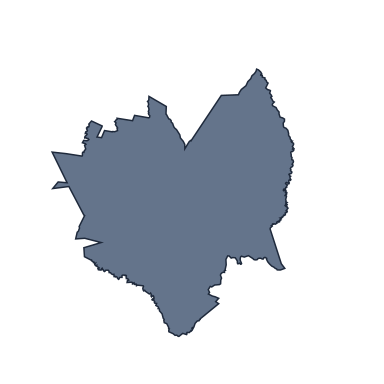 outline of Mount Darwin, Mashonaland Central, Zimbabwe, rotated 55°
{"feature_id": "62879985B29850987700829", "entity_name": "Mount Darwin", "entity_type": "district", "adm_level": 2, "iso_a3": "ZWE", "parent_name": "Zimbabwe", "parent_adm1": "Mashonaland Central", "projection": "robinson", "projection_center": [31.728, -16.538], "detail": "fine", "context": "isolated", "style": "filled", "palette": "slate", "viewbox_px": 384, "rotation_deg": 55, "n_neighbors": 0, "source": "geoboundaries", "source_scale": "gbopen_adm2", "svg_char_len": 6001}
<svg xmlns="http://www.w3.org/2000/svg" viewBox="0 0 384 384"><g transform="rotate(55 192 192)"><path d="M116.9,289.7L148.9,293.8L149.6,293.3L149.4,292.9L155.6,304.3L157.0,304.8L159.0,307.7L159.1,309.1L163.7,314.2L168.4,306.4L181.3,295.4L175.6,312.5L183.3,317.2L189.6,313.9L190.0,313.3L190.7,313.7L192.5,313.0L193.2,313.2L193.4,312.5L194.9,312.9L195.0,312.2L195.5,313.2L196.8,313.3L197.3,313.1L197.4,312.0L198.3,312.6L200.9,311.6L201.1,312.1L200.8,313.0L202.0,313.3L203.8,311.3L203.7,310.6L203.0,310.1L202.9,309.3L204.8,309.6L205.2,309.3L206.0,309.6L206.9,309.4L207.0,308.7L206.6,307.5L208.0,305.5L209.3,305.4L210.5,306.1L211.4,305.0L212.8,305.0L214.1,304.3L214.6,303.2L216.5,304.3L216.8,303.5L217.6,303.6L217.9,302.6L219.0,302.2L219.8,302.5L221.4,302.3L221.4,301.6L220.7,300.8L220.6,300.1L221.8,298.3L220.3,297.3L220.2,296.8L221.2,295.1L222.0,294.8L222.0,294.3L221.7,294.5L222.3,293.9L223.0,293.8L223.8,294.7L225.3,295.5L226.0,294.4L227.7,294.3L228.0,294.5L227.4,295.1L227.5,295.7L228.9,297.1L231.4,293.0L232.0,292.8L233.2,293.5L233.4,292.9L233.0,292.1L233.1,291.5L234.7,292.1L235.1,291.7L235.2,290.7L235.6,290.5L236.9,291.2L237.0,290.1L240.8,285.8L241.4,285.8L242.6,287.5L244.1,288.2L245.3,288.3L245.4,287.1L246.3,287.2L251.0,285.5L251.3,284.7L251.1,283.9L252.8,284.2L253.6,285.2L254.7,285.3L254.5,283.4L255.3,283.2L257.1,283.9L257.0,286.0L257.3,286.6L257.9,286.4L258.2,285.0L259.2,285.6L260.2,285.3L261.1,286.3L261.8,286.2L263.0,284.9L264.2,286.7L266.5,285.6L267.9,285.9L268.1,286.5L268.6,285.9L269.2,285.9L270.7,286.8L274.6,286.4L278.9,288.0L280.4,287.9L281.0,288.7L283.1,289.7L285.4,288.2L289.5,288.8L290.5,289.5L291.1,289.1L291.9,290.3L293.2,291.1L297.3,288.7L299.7,288.1L300.5,286.6L302.3,286.1L302.8,285.5L302.5,280.7L305.7,278.2L305.3,277.5L304.7,277.5L304.2,276.6L305.6,274.8L305.3,273.6L305.6,272.7L304.9,272.3L305.4,271.4L304.5,269.6L303.8,270.3L303.4,269.9L303.3,269.3L303.8,268.9L303.8,268.1L301.4,264.8L300.7,261.7L301.5,260.0L301.0,259.3L301.1,258.4L300.6,258.1L298.8,234.2L295.4,235.5L294.4,231.1L291.0,233.2L288.9,235.0L285.0,237.1L284.3,235.2L281.3,234.7L279.8,231.2L281.1,230.3L281.2,226.8L283.6,222.6L283.6,221.2L280.6,218.9L279.5,217.2L276.4,216.4L275.7,215.5L275.4,213.6L275.6,212.6L276.5,211.5L275.1,210.7L275.4,209.6L274.8,209.6L271.3,205.8L266.7,202.9L264.8,199.4L265.7,198.3L268.6,197.8L269.1,196.2L270.7,194.3L274.4,194.4L276.3,195.6L277.2,195.6L277.6,193.9L279.1,193.6L279.3,193.0L279.0,192.4L275.8,191.7L274.4,190.9L273.1,189.5L272.9,188.4L275.3,186.5L276.5,182.3L281.7,180.2L282.6,180.2L283.8,179.3L284.8,177.6L284.4,175.9L285.0,174.6L285.7,173.7L287.2,172.9L287.8,172.0L287.1,170.8L287.4,169.7L289.2,168.9L290.0,169.6L292.7,170.0L295.2,169.8L298.4,169.2L300.4,168.1L302.4,167.6L303.5,166.8L304.7,166.9L306.6,164.3L307.8,159.8L302.0,160.0L267.0,149.2L266.3,148.3L266.0,146.0L265.2,146.3L265.3,145.6L264.4,144.4L265.0,144.0L264.9,143.4L265.3,143.3L265.3,142.8L266.1,142.3L266.3,140.4L265.6,140.1L265.8,139.8L265.3,139.5L265.5,137.9L265.6,137.6L266.5,138.1L266.6,137.3L265.7,136.3L265.8,135.5L265.2,135.6L265.2,134.3L263.9,134.7L264.4,133.5L264.1,132.5L264.6,132.2L263.6,130.3L263.6,130.0L264.1,130.0L264.2,128.6L262.6,127.6L263.1,126.1L262.6,125.9L262.5,125.1L262.1,125.0L261.7,125.7L261.3,125.7L260.3,122.6L259.6,122.9L258.1,122.4L258.1,123.2L256.5,123.6L256.0,122.5L256.9,121.9L256.8,121.2L254.9,121.6L254.6,121.2L255.0,120.2L253.6,120.6L252.8,119.8L251.9,119.6L249.7,117.0L249.1,117.0L248.3,117.8L247.5,116.1L248.0,115.8L247.0,114.8L246.6,115.5L245.6,115.6L245.3,114.3L244.5,114.4L244.0,114.6L243.5,116.2L242.8,116.1L242.3,114.8L243.2,113.6L242.1,112.7L242.4,111.6L241.7,111.4L240.9,109.7L239.3,110.5L238.5,110.4L238.3,109.3L238.6,108.9L240.8,107.9L240.4,107.1L239.3,106.9L238.0,106.0L238.0,105.2L238.9,104.7L238.6,103.9L237.1,103.8L235.6,103.0L235.6,102.2L234.8,102.6L233.2,102.5L233.0,101.9L233.7,100.6L233.5,99.3L232.9,98.7L231.0,99.0L230.3,98.1L229.3,98.1L228.6,96.8L228.8,95.1L227.9,93.8L226.7,94.1L225.8,92.0L225.1,91.3L223.6,91.0L223.0,91.7L222.6,91.7L221.1,90.3L219.9,90.4L218.1,89.2L216.3,88.5L215.9,87.5L216.5,86.5L216.3,84.9L215.2,83.8L214.9,84.9L214.5,85.1L213.7,83.7L212.4,83.7L211.4,81.6L210.3,80.9L208.4,81.8L207.9,80.7L207.3,81.6L206.5,80.9L204.9,81.1L203.3,80.2L202.4,80.5L200.6,80.2L199.7,79.4L196.4,78.1L193.7,78.4L191.9,79.6L190.8,79.5L187.9,77.8L187.1,75.7L185.3,74.4L183.4,75.2L181.2,76.9L177.9,75.9L176.4,74.8L173.7,75.1L171.0,74.7L167.8,76.4L166.7,76.3L165.9,75.3L165.5,73.0L164.0,73.6L161.1,73.2L159.9,73.4L159.5,73.0L159.6,71.8L158.3,71.5L155.6,71.7L154.1,69.7L153.4,69.8L151.4,71.4L149.0,71.9L146.4,67.2L145.0,67.7L143.0,67.2L141.7,67.7L140.4,66.8L138.2,68.5L136.9,67.6L135.7,68.7L135.3,68.3L135.5,67.4L135.2,67.1L133.1,66.9L130.1,67.5L128.4,68.6L129.9,70.4L130.8,72.9L131.2,76.3L132.9,78.9L133.6,82.9L135.9,86.8L136.3,92.8L137.6,96.0L139.0,98.2L129.7,112.6L149.5,163.4L149.0,163.5L149.1,165.3L152.5,173.1L148.8,170.6L145.4,170.1L141.1,170.5L138.2,169.2L132.0,168.9L129.8,169.5L128.1,169.5L124.6,168.5L122.8,168.9L121.4,168.1L119.5,168.4L118.8,169.1L113.4,168.4L113.2,168.6L107.2,164.0L89.0,172.4L91.7,174.5L92.1,175.1L92.3,176.5L93.4,176.4L95.4,177.3L96.7,179.1L97.4,178.9L99.6,179.8L101.1,181.7L102.4,181.9L102.6,182.6L103.7,183.0L105.3,182.8L106.4,183.8L106.5,184.8L96.3,195.1L99.5,199.8L88.6,211.1L89.5,211.6L89.4,212.9L89.9,214.0L90.0,215.0L91.8,214.6L92.9,216.1L96.8,216.2L96.8,216.8L99.0,217.8L98.3,220.7L96.9,222.4L97.0,222.8L91.5,228.4L95.6,234.9L92.5,238.3L86.6,227.7L86.9,227.6L86.4,227.7L76.2,233.6L77.2,237.6L78.0,237.6L79.4,239.1L79.3,239.5L78.9,239.5L78.8,240.9L79.3,240.7L79.7,242.1L81.7,242.4L82.0,242.8L81.8,244.6L82.9,245.9L83.6,244.7L84.5,244.7L85.0,246.0L85.0,247.5L85.6,248.5L86.4,248.8L86.6,247.8L87.9,247.4L88.5,246.5L89.9,246.4L90.0,247.9L89.6,248.9L87.6,251.1L88.8,253.5L91.3,251.6L92.1,251.5L92.1,253.2L95.8,254.4L96.6,256.8L97.5,257.8L96.8,258.3L97.1,259.3L99.2,260.8L99.5,261.5L88.3,273.2L79.1,283.7L112.8,289.0L107.0,295.9L109.3,304.1L116.9,289.7Z" fill="#64748b" stroke="#1e293b" stroke-width="1.5"/></g></svg>